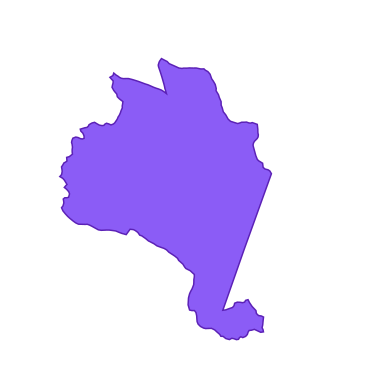 outline of São Domingos do Maranhão, Maranhão, Brazil, rotated 299°
{"feature_id": "56859067B35483531108788", "entity_name": "São Domingos do Maranhão", "entity_type": "district", "adm_level": 2, "iso_a3": "BRA", "parent_name": "Brazil", "parent_adm1": "Maranhão", "projection": "natural_earth1", "projection_center": [-44.348, -5.667], "detail": "fine", "context": "isolated", "style": "filled", "palette": "violet", "viewbox_px": 384, "rotation_deg": 299, "n_neighbors": 0, "source": "geoboundaries", "source_scale": "gbopen_adm2", "svg_char_len": 3636}
<svg xmlns="http://www.w3.org/2000/svg" viewBox="0 0 384 384"><g transform="rotate(299 192 192)"><path d="M117.3,315.2L117.2,312.8L116.2,310.1L117.0,307.2L119.3,305.4L121.0,300.1L123.2,295.8L125.0,293.2L123.2,291.4L121.2,291.4L119.7,289.9L118.9,287.6L117.6,285.0L115.4,283.2L113.0,283.9L110.6,283.4L109.2,282.1L107.3,280.4L105.3,278.7L103.5,276.3L166.2,265.6L168.6,265.2L195.3,260.9L226.7,255.8L246.5,252.6L248.1,249.9L248.3,247.7L247.5,244.8L248.0,242.3L251.4,239.8L251.6,235.4L252.1,233.4L254.7,230.2L261.4,223.7L262.7,222.6L264.9,222.0L266.8,222.1L270.4,223.1L272.2,223.1L274.2,222.3L275.5,221.1L277.1,220.1L278.7,219.2L282.8,216.3L282.4,213.8L281.9,211.0L280.7,209.9L280.0,208.3L279.6,205.8L278.2,203.6L277.1,201.6L275.2,200.0L274.0,198.7L272.5,191.4L273.3,188.2L275.9,184.0L277.3,180.5L280.3,177.6L282.1,175.4L285.2,173.6L287.8,170.2L290.0,167.9L291.4,165.4L292.3,163.9L294.3,163.0L296.0,161.4L297.3,160.2L299.3,156.9L300.5,154.4L302.0,152.7L303.8,150.7L305.0,147.5L305.0,144.6L305.5,142.8L303.9,140.1L302.5,135.6L301.0,133.0L299.2,129.5L297.7,127.3L296.4,124.8L295.2,123.3L294.1,120.5L293.7,115.4L293.2,109.8L294.1,107.0L294.0,104.9L293.9,100.6L290.5,100.2L289.0,100.4L286.7,100.9L285.3,102.0L281.5,106.2L277.7,110.2L272.8,115.1L271.1,116.7L269.4,118.1L268.0,119.6L265.7,121.9L266.0,119.9L266.2,117.9L266.3,115.7L265.8,112.3L265.4,110.4L265.0,107.7L264.6,103.3L264.4,101.3L263.9,99.1L262.7,91.3L261.8,86.9L261.3,84.7L260.4,81.4L259.3,79.4L257.9,77.0L257.2,75.0L257.1,73.1L257.4,71.2L257.5,68.9L258.1,65.9L255.5,66.4L252.5,64.6L251.5,67.3L251.0,69.1L249.1,70.1L247.0,70.6L244.8,71.3L242.9,74.3L242.1,76.2L241.2,78.7L239.1,80.5L238.3,83.1L237.9,85.4L237.6,87.7L235.4,88.6L233.5,89.2L231.7,90.3L229.0,90.5L226.4,91.0L223.6,91.2L221.9,91.0L219.5,91.3L215.0,90.9L213.4,90.3L211.4,88.6L211.2,86.2L210.7,83.9L209.1,82.9L207.5,82.6L206.5,81.2L205.6,78.6L205.6,75.8L205.7,73.0L203.9,71.1L202.5,70.2L200.9,69.3L199.3,69.4L197.7,68.9L196.1,67.0L192.8,63.8L191.4,65.2L190.5,68.1L188.7,70.4L186.6,71.6L185.2,70.4L184.6,68.6L184.4,65.9L183.7,63.7L181.3,61.7L178.9,62.0L177.0,62.6L175.7,63.9L173.3,65.7L170.8,66.7L168.9,67.8L167.1,69.1L163.4,67.5L161.5,65.6L158.5,67.6L156.8,66.9L155.4,65.9L152.9,65.9L150.7,65.7L149.1,67.0L147.2,68.4L144.1,69.5L141.4,68.9L141.3,72.3L140.5,74.6L139.1,77.1L138.0,79.0L136.2,78.5L134.1,78.1L133.6,80.9L132.5,84.0L131.0,85.8L129.3,86.2L127.5,86.6L126.3,85.3L125.3,83.5L123.4,82.8L122.0,84.0L120.3,85.2L117.3,85.9L115.0,85.5L112.9,88.3L111.5,91.8L110.4,95.1L109.7,98.0L109.0,102.0L108.6,105.2L108.8,108.3L110.1,110.8L112.0,114.5L113.0,116.0L113.4,118.5L113.5,120.9L113.5,125.9L113.5,128.4L114.5,131.2L117.4,135.9L118.6,138.1L120.9,144.0L121.5,148.9L121.8,150.9L122.3,152.8L122.8,155.1L129.4,155.9L130.7,159.0L130.8,160.9L130.4,164.2L128.9,167.2L129.3,169.3L128.8,174.0L128.1,177.6L128.3,183.9L127.9,187.4L128.6,192.0L129.1,194.8L129.1,197.7L128.1,201.1L127.8,205.7L127.6,208.1L127.0,211.5L125.7,213.5L124.5,219.0L122.9,221.8L122.1,223.7L122.3,228.7L121.6,231.4L121.0,234.0L118.8,235.2L116.3,236.1L114.1,237.3L111.7,238.4L107.4,239.0L104.3,239.0L101.9,239.2L99.9,239.7L97.6,240.3L91.4,243.3L87.6,247.1L88.2,249.3L89.5,251.6L88.5,253.9L86.0,256.1L82.9,258.1L81.1,259.3L79.4,261.4L78.5,264.6L78.6,268.1L79.2,270.2L80.4,272.1L82.2,275.2L82.4,278.7L81.7,281.5L80.9,285.3L79.8,287.2L80.8,289.2L80.2,292.6L81.1,296.3L83.3,297.7L84.0,299.7L84.4,302.4L85.7,304.1L87.5,304.1L89.1,304.9L89.3,307.0L91.7,308.9L94.2,309.5L96.6,309.0L98.6,309.1L100.1,311.2L102.1,313.1L102.3,315.8L102.6,320.1L104.3,322.3L106.0,320.9L107.3,319.1L110.0,318.3L114.1,316.5L117.3,315.2Z" fill="#8b5cf6" stroke="#5b21b6" stroke-width="1.5"/></g></svg>